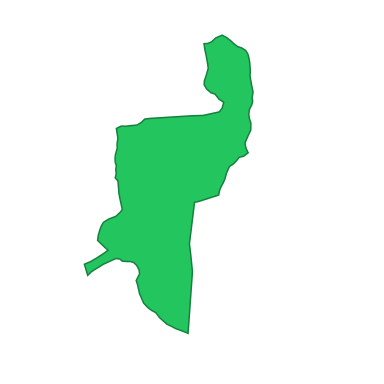 Alhandra, Paraíba, Brazil (Robinson projection), rotated 229°
{"feature_id": "56859067B57617838189099", "entity_name": "Alhandra", "entity_type": "district", "adm_level": 2, "iso_a3": "BRA", "parent_name": "Brazil", "parent_adm1": "Paraíba", "projection": "robinson", "projection_center": [-34.923, -7.354], "detail": "fine", "context": "isolated", "style": "filled", "palette": "green", "viewbox_px": 384, "rotation_deg": 229, "n_neighbors": 0, "source": "geoboundaries", "source_scale": "gbopen_adm2", "svg_char_len": 1833}
<svg xmlns="http://www.w3.org/2000/svg" viewBox="0 0 384 384"><g transform="rotate(229 192 192)"><path d="M289.6,176.6L285.6,174.1L281.2,171.3L277.4,166.9L274.3,164.5L270.4,158.7L267.8,155.9L264.7,153.5L261.3,152.0L259.0,149.2L255.5,146.8L253.0,143.3L249.0,143.4L243.8,139.6L239.3,136.2L234.9,133.6L224.4,127.8L223.8,124.1L223.6,118.5L226.2,111.6L227.2,105.4L226.0,101.7L224.1,98.0L220.8,92.8L217.4,89.0L210.8,89.6L207.0,89.9L203.2,90.5L203.4,86.3L204.8,76.2L206.0,69.9L208.1,63.4L197.5,58.6L197.8,63.5L197.3,67.5L196.4,73.0L195.6,77.8L194.1,82.9L192.9,87.1L191.7,90.9L188.7,93.6L185.5,94.0L182.5,97.0L179.9,99.9L177.1,101.7L172.9,102.1L167.8,100.9L164.6,98.7L161.8,91.8L157.4,89.9L149.7,85.7L139.8,82.6L133.3,82.9L128.9,83.9L124.8,85.5L118.2,85.1L113.7,85.7L108.8,86.3L104.3,88.3L99.5,90.1L95.6,92.3L91.7,94.4L87.9,96.3L131.6,140.1L145.9,150.2L154.6,156.1L182.6,187.2L180.7,190.3L172.2,210.1L175.5,214.5L177.1,218.0L178.5,221.8L180.2,225.3L183.4,230.1L185.1,233.6L186.7,237.0L186.0,241.5L186.3,245.5L187.2,250.4L185.1,254.4L184.7,260.1L188.4,261.1L191.6,262.5L194.3,264.3L196.2,268.2L198.0,272.0L200.1,276.9L205.3,281.6L209.8,283.5L213.6,286.0L216.7,289.7L218.4,294.0L220.4,297.1L223.6,299.1L227.3,303.6L231.2,305.8L234.2,307.5L238.2,309.9L241.8,312.2L244.7,315.1L247.8,317.5L252.0,320.6L256.3,323.2L259.6,324.7L263.6,325.4L268.4,323.9L271.8,321.8L276.4,320.9L281.1,320.4L285.6,319.5L290.6,317.6L292.7,311.2L292.5,305.4L293.8,301.2L296.1,298.4L293.2,296.5L290.3,294.7L286.2,292.5L282.0,290.0L278.3,287.8L274.6,285.3L272.2,281.6L269.9,277.9L267.8,274.3L265.1,271.6L260.2,270.6L254.5,271.4L250.7,273.6L244.2,273.3L238.9,274.8L235.4,269.6L234.6,265.1L242.5,250.6L250.1,241.3L275.0,208.7L278.1,204.1L277.7,199.8L278.6,194.4L281.6,190.3L284.7,185.7L288.2,181.8L289.6,176.6Z" fill="#22c55e" stroke="#15803d" stroke-width="1.5"/></g></svg>